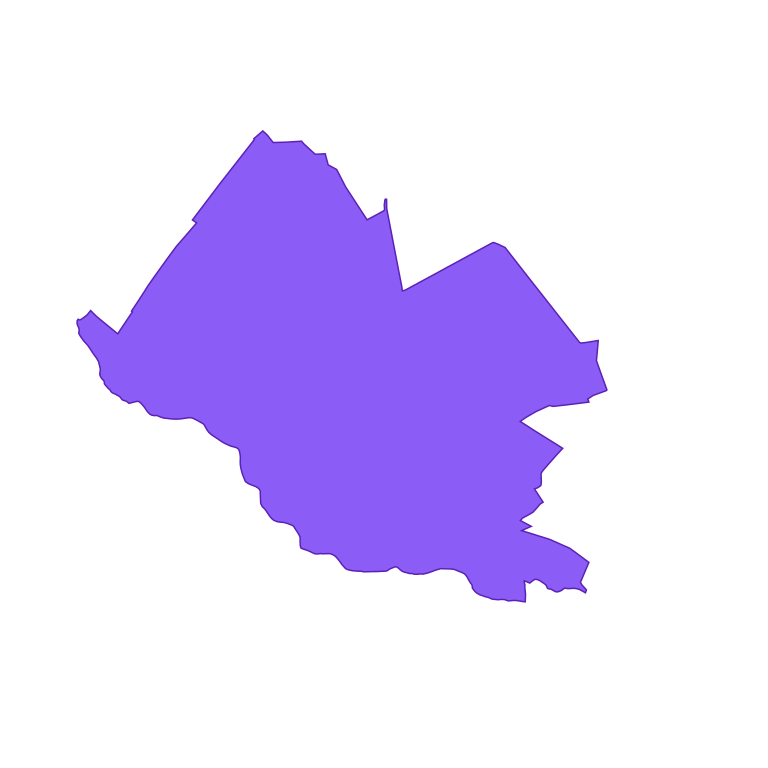 Galanesti, Suceava, Romania, rotated 216°
{"feature_id": "2599482B27745550572599", "entity_name": "Galanesti", "entity_type": "district", "adm_level": 2, "iso_a3": "ROU", "parent_name": "Romania", "parent_adm1": "Suceava", "projection": "robinson", "projection_center": [25.817, 47.903], "detail": "fine", "context": "isolated", "style": "filled", "palette": "violet", "viewbox_px": 768, "rotation_deg": 216, "n_neighbors": 0, "source": "geoboundaries", "source_scale": "gbopen_adm2", "svg_char_len": 5965}
<svg xmlns="http://www.w3.org/2000/svg" viewBox="0 0 768 768"><g transform="rotate(216 384 384)"><path d="M630.8,517.5L633.5,506.0L632.6,505.6L632.7,501.2L634.5,449.8L635.4,404.1L630.3,404.2L632.0,383.2L632.9,373.2L633.0,357.8L632.9,336.9L632.7,324.5L632.3,319.3L631.6,306.2L631.1,294.5L629.9,294.4L629.8,289.5L629.4,280.1L629.2,274.5L628.9,268.1L636.0,268.5L651.8,269.4L657.1,269.8L661.6,270.5L664.5,271.0L664.8,265.3L665.4,263.2L666.8,258.9L667.5,257.4L668.4,256.7L668.9,256.5L669.5,256.6L669.4,254.7L668.9,254.1L667.7,252.3L665.8,251.0L663.9,250.0L662.2,248.4L661.2,246.2L660.3,245.3L657.0,243.9L652.5,242.4L650.2,241.9L646.6,241.2L643.2,240.0L637.5,237.8L631.6,235.9L628.1,234.3L627.0,233.4L622.9,229.9L621.8,228.7L621.3,227.5L620.5,226.5L620.1,225.3L618.9,224.1L617.2,223.1L615.5,222.5L614.7,222.3L613.3,222.1L612.6,222.0L611.4,221.1L610.3,219.8L609.4,219.5L608.0,219.1L605.9,218.7L604.7,218.4L603.2,218.2L601.9,218.1L600.8,217.5L599.1,217.2L597.8,217.3L596.2,217.7L595.1,218.0L594.3,218.1L593.4,218.0L592.9,218.2L591.0,218.4L589.6,218.3L588.4,217.9L587.2,217.5L586.3,217.4L585.3,217.6L584.2,218.0L582.5,218.6L581.0,218.6L579.2,218.5L578.9,218.5L575.9,222.1L574.5,223.8L573.2,225.1L572.0,225.7L570.4,225.7L568.4,225.4L565.0,224.6L562.8,223.9L561.1,223.2L559.2,222.6L557.3,222.2L555.9,222.0L554.5,222.1L553.2,222.4L552.2,223.0L551.0,223.5L549.8,224.7L547.9,225.4L546.6,225.6L544.5,226.2L542.4,226.9L539.9,228.3L537.2,229.8L534.8,231.2L532.4,232.8L530.6,234.1L528.7,235.7L526.5,237.7L525.0,239.2L523.1,241.0L521.6,242.4L520.3,243.3L518.7,243.9L516.5,244.3L513.9,244.8L510.6,245.1L508.2,245.4L506.3,245.5L505.1,245.1L502.5,243.9L499.6,242.6L498.4,242.3L497.5,241.9L496.3,241.8L494.4,241.6L492.2,241.6L490.1,241.7L485.2,241.9L483.4,241.9L480.4,242.1L478.2,242.3L475.5,242.9L473.1,243.3L471.0,243.9L467.3,245.3L465.1,245.9L463.5,245.7L461.9,245.0L458.9,242.3L457.2,240.4L454.7,236.7L452.6,234.0L449.8,231.3L445.8,228.0L440.7,224.8L439.5,224.0L438.7,223.7L437.4,223.6L436.2,223.6L434.6,223.8L433.2,224.1L427.6,225.6L424.9,225.8L423.6,225.7L422.2,225.2L421.2,224.7L420.3,223.4L414.6,216.2L413.9,215.3L413.0,214.6L412.0,214.1L411.1,213.6L410.2,213.2L408.6,213.0L407.2,212.8L405.1,212.2L400.5,210.5L397.9,209.6L395.5,209.1L393.8,209.0L392.7,209.0L391.4,209.4L389.7,209.8L388.8,210.2L387.9,210.6L385.5,212.0L384.2,212.8L381.7,213.9L380.1,214.4L378.4,214.9L376.7,215.3L375.6,215.7L374.4,215.8L373.1,215.6L370.4,214.5L367.6,213.5L364.5,212.2L363.1,211.5L362.3,211.0L361.4,210.2L360.8,209.3L360.1,208.4L359.2,207.1L358.1,205.8L357.2,204.6L356.6,203.9L356.0,203.4L355.4,202.9L354.5,202.4L353.5,202.7L351.7,203.2L348.6,204.2L347.9,204.4L346.1,204.8L344.8,205.1L343.6,205.3L342.1,205.6L340.5,205.9L338.9,206.7L337.3,207.9L335.6,209.6L334.5,210.1L329.0,214.3L327.9,215.0L326.6,215.5L325.2,215.8L323.7,216.0L322.3,216.0L321.3,215.9L319.9,215.6L317.8,215.1L315.8,214.5L314.3,214.0L312.8,213.5L312.0,213.2L310.9,213.0L309.1,212.6L307.8,212.3L306.5,212.1L305.5,212.2L304.5,212.4L302.9,213.0L300.0,214.3L298.1,215.4L296.6,216.3L294.9,217.4L293.4,218.4L292.4,219.2L291.3,219.5L290.4,219.9L289.4,220.6L282.2,226.1L280.0,227.7L274.4,232.2L272.1,234.1L271.5,235.1L271.2,236.2L270.7,237.5L269.9,239.0L268.6,240.9L267.9,242.2L267.1,242.9L266.3,243.4L264.6,243.6L263.2,243.4L260.8,243.2L259.0,243.2L256.8,243.8L254.6,244.7L251.9,245.7L250.2,246.9L249.4,247.4L248.7,247.5L247.2,248.2L245.3,249.6L242.6,252.0L240.7,253.1L240.1,253.8L239.5,254.5L237.9,256.3L235.5,259.7L233.1,263.3L231.8,265.1L230.8,266.4L230.1,267.2L229.6,267.9L228.7,268.6L227.8,269.1L223.5,272.1L220.6,274.0L218.3,275.2L216.7,275.7L215.1,276.0L213.3,276.5L211.8,276.9L210.0,277.3L208.5,277.6L207.3,277.7L206.2,277.5L205.0,277.3L203.9,276.9L202.9,276.5L201.5,275.8L199.4,274.8L198.2,274.4L197.0,273.8L195.6,273.5L194.4,272.9L193.6,272.1L192.5,270.8L191.8,270.6L190.6,270.2L189.5,269.9L188.5,269.6L187.3,269.5L185.8,269.4L184.1,269.6L182.8,269.7L180.9,270.3L179.3,270.8L177.4,271.3L175.5,272.1L174.2,272.6L173.0,273.0L171.9,273.1L171.0,273.3L170.2,273.5L168.5,274.4L166.0,275.9L164.9,276.5L163.7,277.6L162.7,278.5L161.4,279.4L160.1,280.3L158.3,280.9L157.5,281.1L156.8,281.3L155.8,281.7L155.3,282.1L153.6,283.6L151.4,285.5L149.5,286.7L147.8,287.6L146.6,288.2L145.8,288.6L143.9,289.5L141.7,290.8L146.0,297.2L150.8,302.5L151.7,304.1L154.0,306.1L154.8,307.3L149.1,308.6L148.1,312.1L147.1,314.7L145.1,315.9L143.4,316.3L142.2,316.5L139.6,316.6L136.9,316.7L135.3,316.6L134.2,316.3L132.7,315.4L131.5,314.8L130.8,314.9L129.7,315.4L128.8,316.1L126.0,316.4L123.4,316.7L122.1,317.3L121.2,318.1L120.0,319.6L118.9,321.7L118.6,322.9L117.8,325.1L114.8,326.6L110.5,330.2L107.3,331.9L105.0,332.7L98.3,333.5L99.2,336.4L101.0,336.8L105.8,337.8L108.5,339.0L109.2,342.1L111.7,352.8L113.4,360.1L130.9,360.3L137.1,360.3L147.4,358.1L158.6,355.7L161.6,354.7L186.4,346.3L186.1,346.8L185.9,347.3L181.2,355.4L193.4,353.7L193.2,356.7L192.4,358.5L191.5,360.3L189.4,364.8L188.1,367.9L187.3,375.4L187.1,378.7L185.8,381.9L200.2,387.4L200.6,387.6L198.8,390.2L197.7,393.0L197.5,394.3L199.3,397.5L203.8,403.2L204.5,404.9L204.5,407.7L204.0,414.1L202.6,428.7L201.6,437.0L203.5,436.9L212.4,436.3L234.9,434.7L251.8,433.8L249.6,440.2L245.0,450.7L237.6,463.8L234.0,465.3L222.1,476.2L207.6,489.8L209.2,491.0L210.4,491.4L210.3,491.7L208.1,497.6L200.2,509.4L200.2,510.3L213.1,519.0L225.9,527.8L228.6,532.4L235.0,543.1L236.3,545.1L244.4,536.9L247.1,534.3L248.4,533.2L249.1,532.8L250.3,532.6L278.9,540.7L332.2,555.8L357.6,563.1L366.3,565.6L373.8,564.2L378.5,562.9L379.2,562.2L386.0,548.0L401.1,516.3L411.5,494.4L414.2,488.8L421.7,473.1L423.0,471.0L424.0,470.2L426.7,473.1L439.5,485.0L484.9,527.5L490.5,535.0L491.3,534.6L491.6,534.1L491.2,532.9L489.9,530.7L489.2,529.2L487.5,527.2L486.4,525.8L485.9,524.9L486.1,523.8L490.1,515.3L494.2,506.9L530.9,520.9L548.3,529.7L558.0,528.5L566.9,535.7L571.7,531.8L574.9,529.4L590.3,531.2L593.4,532.0L605.1,522.3L615.6,514.2L620.9,515.7L624.3,516.7L627.0,517.1L630.8,517.5Z" fill="#8b5cf6" stroke="#5b21b6" stroke-width="1.5"/></g></svg>